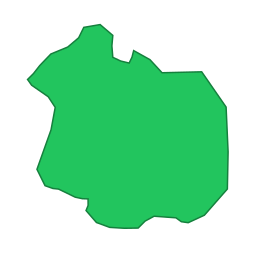 SVG path tracing the border of Daegu, rotated 95°
{"feature_id": "KOR-2504", "entity_name": "Daegu", "entity_type": "Metropolitan City", "adm_level": 1, "iso_a3": "KOR", "parent_name": "South Korea", "parent_adm1": "", "projection": "orthographic", "projection_center": [128.628, 35.889], "detail": "fine", "context": "isolated", "style": "filled", "palette": "green", "viewbox_px": 256, "rotation_deg": 95, "n_neighbors": 0, "source": "natural_earth", "source_scale": "10m", "svg_char_len": 679}
<svg xmlns="http://www.w3.org/2000/svg" viewBox="0 0 256 256"><g transform="rotate(95 128 128)"><path d="M180.1,23.7L208.2,44.3L217.1,59.8L216.7,66.7L213.3,72.4L213.6,94.3L219.2,102.8L226.8,109.2L228.2,122.9L228.6,137.6L224.9,151.2L213.9,162.6L208.6,161.0L202.1,161.6L202.4,167.3L201.5,174.6L194.9,191.9L194.8,197.5L192.7,205.6L177.1,215.1L136.5,204.5L113.8,202.3L103.8,210.2L93.8,227.7L88.4,232.3L82.0,226.9L73.4,221.3L61.0,211.3L52.6,195.1L42.4,185.0L31.6,180.8L27.4,164.8L37.1,151.2L47.6,151.2L58.9,149.3L61.9,141.2L63.2,132.5L57.1,130.2L50.4,129.1L58.0,112.1L70.0,98.9L65.6,59.5L98.6,32.1L143.1,26.2L180.1,23.7Z" fill="#22c55e" stroke="#15803d" stroke-width="1.5"/></g></svg>